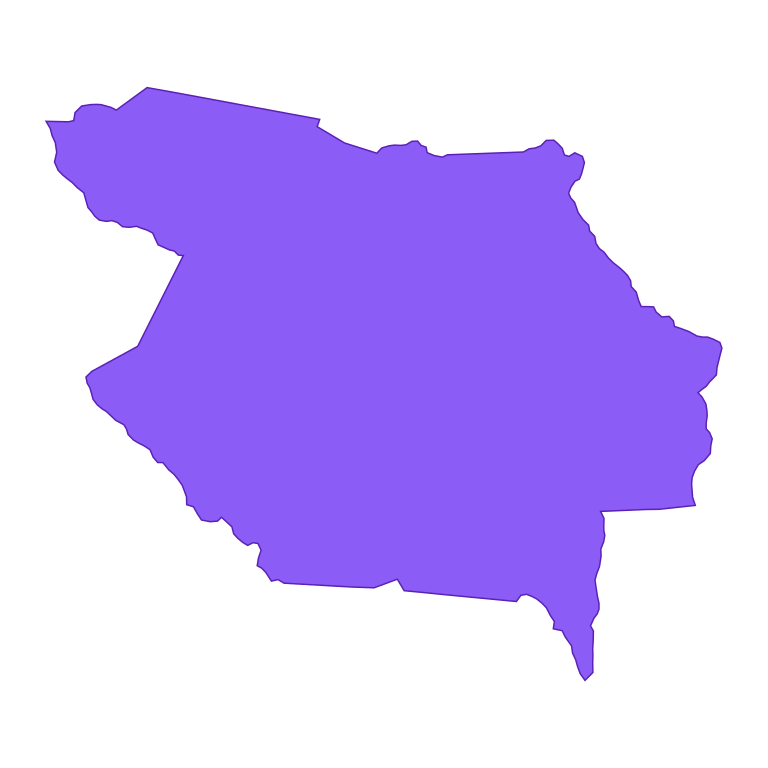 Baixa Grande, Bahia, Brazil
{"feature_id": "56859067B21478316481218", "entity_name": "Baixa Grande", "entity_type": "district", "adm_level": 2, "iso_a3": "BRA", "parent_name": "Brazil", "parent_adm1": "Bahia", "projection": "mercator", "projection_center": [-40.14, -11.982], "detail": "fine", "context": "isolated", "style": "filled", "palette": "violet", "viewbox_px": 768, "rotation_deg": 0, "n_neighbors": 0, "source": "geoboundaries", "source_scale": "gbopen_adm2", "svg_char_len": 3051}
<svg xmlns="http://www.w3.org/2000/svg" viewBox="0 0 768 768"><path d="M582.4,156.4L574.8,152.8L569.1,156.4L564.4,155.0L562.3,148.3L557.6,143.4L553.9,140.2L546.2,140.4L540.9,145.8L535.2,148.0L529.1,148.8L523.4,152.0L447.4,154.8L442.4,157.1L434.3,155.6L427.1,152.6L426.1,147.2L421.1,145.4L417.6,141.1L411.9,141.3L406.0,144.8L400.8,145.4L394.5,145.1L389.1,145.8L381.7,148.0L376.8,153.2L344.6,143.0L317.2,126.7L319.7,119.4L177.7,93.1L147.1,87.6L116.3,110.1L110.8,107.3L106.0,106.0L101.0,104.6L96.2,104.4L90.6,104.6L81.7,106.0L75.1,112.5L73.7,120.6L68.5,121.8L59.8,121.6L46.1,121.3L50.3,128.6L52.1,135.6L55.3,142.6L56.7,152.3L54.5,162.1L58.2,170.4L62.7,175.0L66.9,178.5L72.2,182.5L77.2,187.6L83.8,192.8L86.0,200.7L88.0,207.6L91.4,211.5L94.9,216.3L99.3,220.1L106.4,221.4L111.8,220.6L117.3,222.4L122.6,226.7L129.2,227.3L136.6,226.3L141.9,228.4L146.9,230.0L152.7,233.0L155.3,238.9L158.2,244.9L164.8,247.8L169.6,250.0L174.3,251.0L178.3,255.1L183.3,255.6L137.7,346.3L91.9,371.3L86.0,377.0L87.2,383.2L89.9,387.8L91.4,393.0L93.1,399.4L97.5,405.1L102.2,408.9L106.5,411.6L110.2,415.1L115.8,420.4L123.9,424.7L126.5,429.1L128.1,434.5L133.7,440.2L138.1,442.8L144.0,445.8L150.0,449.7L153.2,457.2L157.7,462.5L162.9,462.6L168.8,469.9L174.1,474.4L177.8,479.0L182.2,485.2L184.3,490.7L186.5,496.8L186.7,504.7L193.5,506.8L197.4,513.8L201.5,520.0L210.2,521.7L217.6,521.1L221.5,517.3L226.6,521.9L231.9,526.8L233.7,533.8L237.9,538.4L242.9,542.5L247.7,545.4L253.0,542.7L258.0,543.5L261.1,550.3L258.5,557.9L257.2,565.7L261.6,568.1L265.8,572.4L271.4,581.1L278.0,579.6L284.1,583.2L351.4,587.0L374.1,587.8L397.3,579.2L404.2,590.7L422.2,592.4L446.1,594.8L516.4,601.5L520.9,595.3L526.6,594.3L531.9,596.4L536.7,598.9L542.0,603.2L546.4,607.8L550.4,615.6L554.4,621.5L553.3,628.8L562.2,630.7L565.2,636.9L568.3,641.3L571.5,645.8L572.6,653.2L575.7,659.8L577.6,666.6L580.2,673.6L585.0,680.4L592.9,672.5L592.7,662.8L592.9,655.3L592.7,648.8L593.2,640.6L593.4,631.0L590.5,625.8L593.9,618.3L597.2,613.9L599.0,609.1L599.0,603.4L597.4,596.2L596.0,587.0L595.0,580.0L596.7,573.8L599.5,566.4L601.1,556.0L600.8,549.1L603.7,541.7L604.8,535.5L603.8,530.3L603.8,524.6L604.0,518.4L600.6,511.4L645.6,509.5L659.1,509.3L695.3,505.4L692.6,497.3L692.1,490.7L691.6,484.4L692.1,477.7L694.5,471.2L698.3,464.7L704.3,460.6L710.3,453.5L710.8,445.6L712.2,438.8L709.6,432.6L706.2,428.8L706.2,422.9L707.2,415.8L706.9,410.5L705.9,404.0L702.0,397.0L698.0,392.7L701.7,389.6L706.2,386.3L709.6,381.9L716.4,374.9L717.0,367.6L719.9,355.8L721.9,348.2L719.9,342.5L713.5,339.3L707.7,337.1L702.7,337.1L696.8,336.0L689.2,331.7L680.8,328.5L674.4,326.4L673.4,320.9L669.2,316.4L661.8,316.9L656.2,312.1L653.6,306.9L647.3,306.6L641.2,306.6L638.6,300.4L636.2,292.0L631.2,286.6L630.6,280.7L627.4,275.3L623.7,271.5L619.5,267.7L613.4,262.9L608.5,258.1L604.0,252.1L599.4,248.6L596.0,243.4L594.7,236.3L589.7,231.1L588.6,225.1L582.9,219.5L578.1,212.5L576.2,206.9L574.5,202.2L570.8,198.1L568.6,193.3L571.0,187.1L575.0,181.2L579.4,179.1L581.5,173.9L582.9,168.8L584.4,162.6L582.4,156.4Z" fill="#8b5cf6" stroke="#5b21b6" stroke-width="1.5"/></svg>